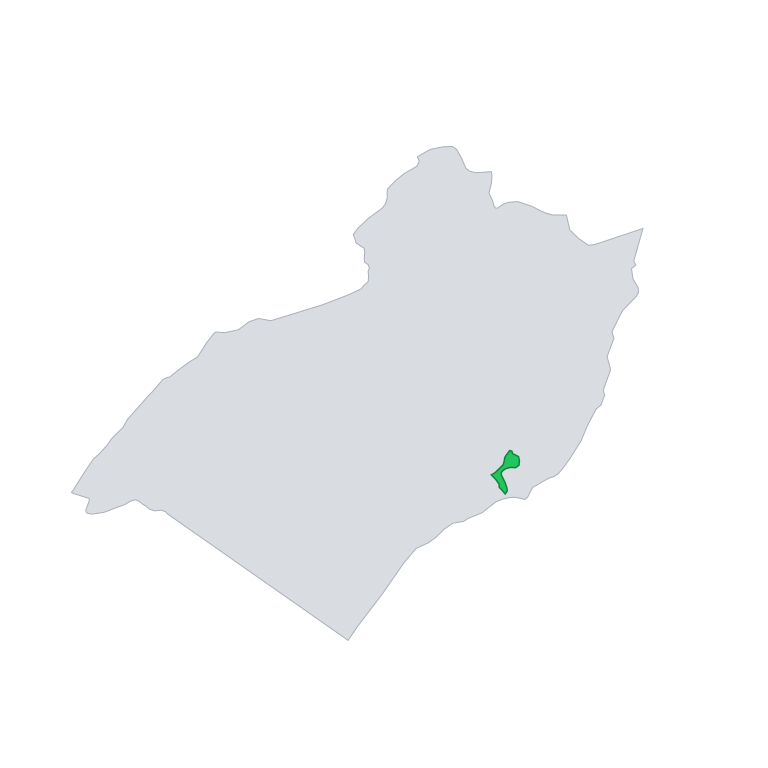 Bulambuli highlighted on a map of Uganda, rotated 35°
{"feature_id": "UGA-5613", "entity_name": "Bulambuli", "entity_type": "County", "adm_level": 1, "iso_a3": "UGA", "parent_name": "Uganda", "parent_adm1": "", "projection": "equal_earth", "projection_center": [34.336, 1.363], "detail": "fine", "context": "in_parent", "style": "filled", "palette": "green", "viewbox_px": 768, "rotation_deg": 35, "n_neighbors": 0, "source": "natural_earth", "source_scale": "10m", "svg_char_len": 2800}
<svg xmlns="http://www.w3.org/2000/svg" viewBox="0 0 768 768"><g transform="rotate(35 384 384)"><path d="M501.6,614.6L493.8,614.6L481.0,614.6L468.2,614.6L455.4,614.6L442.6,614.6L429.7,614.6L416.9,614.6L404.1,614.6L391.3,614.6L378.5,614.6L365.7,614.6L352.9,614.6L340.1,614.6L327.3,614.6L314.5,614.6L301.7,614.6L288.9,614.6L281.4,614.6L279.8,614.3L278.8,613.9L274.0,615.1L269.0,619.4L263.6,621.1L258.0,620.4L257.2,620.9L254.4,620.8L250.2,620.5L246.5,621.6L243.6,625.3L240.7,631.7L235.4,639.0L231.3,645.5L227.9,650.1L219.9,657.7L215.5,660.0L213.3,659.6L212.0,658.2L209.5,648.5L208.0,646.9L192.4,651.9L190.1,652.0L190.3,649.0L189.1,626.1L189.0,612.2L191.0,603.4L192.2,593.3L192.3,584.4L195.1,569.3L194.1,560.2L197.8,528.4L198.7,523.2L200.2,507.8L202.5,503.1L204.5,501.2L207.1,491.8L212.2,476.7L215.8,468.9L215.0,451.9L215.6,440.4L216.4,437.8L223.9,433.6L233.7,422.9L237.8,410.3L243.7,402.3L254.9,397.1L255.0,397.1L288.4,354.1L304.0,330.9L310.8,319.0L311.0,314.7L312.3,309.1L309.6,304.7L306.4,300.8L305.3,297.1L302.5,295.3L298.5,295.4L295.9,292.7L292.9,287.5L289.9,284.2L280.4,284.5L273.1,279.1L273.2,271.9L276.1,257.5L281.6,241.1L281.9,236.6L281.1,232.8L279.8,229.5L277.3,226.2L275.0,222.3L276.8,210.5L280.3,198.9L283.2,193.1L286.0,186.7L285.2,181.4L281.1,178.7L283.3,173.6L287.7,164.8L296.2,156.0L303.7,150.2L308.7,150.1L318.5,154.8L327.3,160.3L332.1,160.6L338.0,158.3L350.2,148.5L353.1,151.6L356.7,157.6L360.5,167.4L368.2,171.9L371.8,175.0L374.5,175.9L375.9,175.1L378.9,167.4L382.4,163.2L388.9,157.9L403.2,153.6L413.4,152.3L417.8,151.4L425.0,148.9L436.5,141.0L447.8,151.2L460.0,153.2L471.9,153.1L475.5,150.0L477.6,147.6L490.0,130.8L506.9,108.0L518.1,140.1L522.0,142.0L521.4,144.8L520.5,147.5L527.8,155.2L536.9,159.3L540.1,163.2L540.4,167.5L537.4,186.3L537.9,191.7L540.8,210.5L546.2,214.7L551.0,233.6L560.7,241.6L562.0,244.0L564.3,253.1L567.2,263.2L569.6,265.5L571.0,266.1L573.8,276.8L572.2,282.8L574.4,301.0L578.0,317.2L579.0,336.7L579.0,345.3L578.9,350.5L578.1,357.9L576.4,362.2L573.3,366.3L569.9,372.9L566.9,379.9L565.0,383.3L566.5,393.8L566.1,396.6L565.3,397.9L560.9,399.5L555.3,402.3L551.9,405.1L547.1,410.5L543.3,416.2L538.2,433.2L529.7,446.4L528.2,450.7L520.2,458.6L516.6,468.3L514.4,480.2L511.3,488.8L504.5,500.5L502.9,519.0L503.1,555.9L501.4,598.0L501.6,614.6Z" fill="#d9dde1" stroke="#a8b0b8" stroke-width="1"/><path d="M527.4,365.7L528.4,366.6L529.4,367.2L535.8,366.3L538.9,369.1L541.2,373.1L539.8,377.1L536.4,379.1L534.2,381.1L532.3,383.6L531.2,386.2L530.8,389.1L532.2,391.2L539.6,395.2L544.5,398.8L546.4,401.2L546.3,404.6L544.2,404.0L541.3,403.2L537.7,402.6L535.8,400.1L530.4,398.1L524.0,396.9L525.2,394.5L526.1,391.9L526.5,389.3L527.1,386.7L527.9,381.5L526.1,376.8L525.1,375.2L525.0,372.8L525.1,366.4L526.3,365.9L527.4,365.7Z" fill="#22c55e" stroke="#15803d" stroke-width="1.5"/></g></svg>